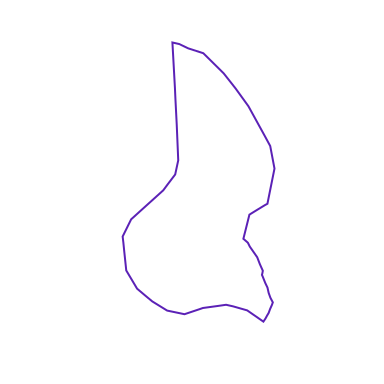 Irepo, Oyo, Nigeria (Albers equal-area conic projection), rotated 249°
{"feature_id": "59680162B43339423021624", "entity_name": "Irepo", "entity_type": "district", "adm_level": 2, "iso_a3": "NGA", "parent_name": "Nigeria", "parent_adm1": "Oyo", "projection": "albers", "projection_center": [3.871, 9.032], "detail": "fine", "context": "isolated", "style": "outline", "palette": "violet", "viewbox_px": 384, "rotation_deg": 249, "n_neighbors": 0, "source": "geoboundaries", "source_scale": "gbopen_adm2", "svg_char_len": 897}
<svg xmlns="http://www.w3.org/2000/svg" viewBox="0 0 384 384"><g transform="rotate(249 192 192)"><path d="M45.4,212.2L47.5,215.2L49.8,217.9L51.6,220.2L54.8,223.0L58.0,226.2L60.0,227.9L65.2,227.3L70.3,227.4L75.7,228.2L80.7,227.8L87.6,227.7L89.6,227.6L90.8,228.5L93.1,229.9L96.6,229.7L100.4,229.5L107.7,229.5L120.3,226.4L124.5,226.0L125.2,225.7L129.9,223.2L150.3,237.5L152.0,246.5L153.6,255.3L154.0,258.2L184.3,277.4L206.9,281.5L219.1,279.9L251.9,275.4L273.0,269.8L291.4,264.1L317.5,252.3L327.5,239.9L334.7,233.1L338.6,227.3L295.1,213.3L284.9,209.9L260.4,201.9L236.9,194.0L226.5,190.5L214.4,182.6L207.9,172.1L203.9,165.8L192.6,136.5L188.3,125.4L175.3,111.3L169.4,109.8L162.1,107.8L142.3,102.5L121.4,106.1L112.5,111.0L111.6,111.5L104.1,115.7L90.2,126.3L80.6,141.2L79.9,157.3L79.8,160.6L76.3,175.5L74.5,183.4L70.5,189.4L61.7,201.1L45.4,212.2Z" fill="none" stroke="#5b21b6" stroke-width="2"/></g></svg>